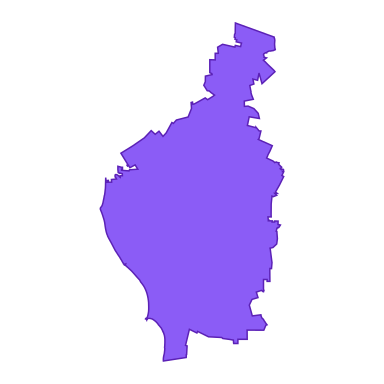 the district of Caborca, Sonora, Mexico
{"feature_id": "50627088B68823921856898", "entity_name": "Caborca", "entity_type": "district", "adm_level": 2, "iso_a3": "MEX", "parent_name": "Mexico", "parent_adm1": "Sonora", "projection": "orthographic", "projection_center": [-112.534, 30.898], "detail": "fine", "context": "isolated", "style": "filled", "palette": "violet", "viewbox_px": 384, "rotation_deg": 0, "n_neighbors": 0, "source": "geoboundaries", "source_scale": "gbopen_adm2", "svg_char_len": 5736}
<svg xmlns="http://www.w3.org/2000/svg" viewBox="0 0 384 384"><path d="M105.7,177.6L105.5,186.0L105.4,188.2L104.9,192.9L104.7,194.2L104.6,194.9L104.3,195.8L103.9,198.2L103.5,200.0L103.0,202.7L102.4,204.6L102.4,204.9L101.9,205.9L101.7,206.2L100.4,208.0L100.3,209.0L100.5,209.7L101.8,212.9L102.6,215.2L104.1,220.0L104.7,222.7L105.2,226.4L105.6,228.9L106.2,231.7L106.9,234.1L107.5,235.4L107.6,236.0L108.7,238.2L111.6,243.5L115.2,250.4L115.9,251.5L116.4,252.2L118.1,254.9L119.9,257.5L120.5,258.7L121.2,259.7L122.6,262.2L123.2,263.1L123.4,263.7L123.6,263.8L123.8,264.1L124.2,264.8L124.5,265.1L124.8,265.1L125.1,264.6L125.0,264.3L125.2,263.9L125.5,263.7L125.3,263.9L125.2,264.4L125.3,264.4L125.4,264.2L125.6,264.1L125.5,264.4L125.5,264.6L125.4,264.9L125.5,265.4L125.6,265.6L126.4,266.2L127.2,267.0L128.3,267.9L129.0,268.6L129.9,269.4L131.7,271.1L133.6,273.2L136.9,277.0L138.1,278.3L139.0,279.3L139.6,279.9L140.7,282.0L141.6,283.1L143.5,285.7L144.5,287.4L145.5,289.5L146.3,291.5L146.9,293.2L147.5,295.5L148.0,297.9L148.4,300.6L148.6,302.7L148.7,306.5L148.7,309.0L148.6,311.3L148.3,313.3L147.8,315.6L147.4,316.9L147.2,317.3L146.6,318.2L146.4,318.4L146.2,318.3L146.1,318.6L145.6,318.7L145.5,318.9L145.7,319.0L145.9,319.1L146.0,318.9L146.3,319.0L146.6,319.3L146.6,319.7L146.7,319.9L146.8,319.5L147.2,319.4L147.2,319.0L147.3,318.9L147.7,318.6L148.4,318.4L149.1,318.4L149.9,318.4L151.9,318.9L152.6,319.2L153.5,319.8L155.5,321.3L156.1,321.9L157.6,323.5L158.6,325.0L159.0,325.3L159.3,325.7L160.6,327.3L160.7,327.5L160.9,327.6L161.4,328.3L161.6,328.8L161.9,329.3L162.5,330.5L162.7,331.2L163.0,331.5L163.2,332.2L163.3,332.2L163.4,332.3L163.6,333.0L164.4,335.4L164.7,337.2L164.9,339.2L164.9,342.7L164.7,346.7L164.6,346.9L164.6,347.9L164.7,348.2L164.8,348.4L164.7,350.1L164.3,353.6L163.9,355.2L163.7,356.1L163.6,356.6L163.4,358.0L163.3,359.3L163.4,359.5L163.3,360.1L163.4,361.0L186.2,357.5L186.3,355.9L186.2,354.9L186.6,354.6L187.1,345.9L185.5,345.4L189.4,329.3L196.9,333.0L197.6,331.4L208.5,336.8L214.3,337.1L221.7,337.5L222.8,338.5L229.5,339.4L233.4,340.1L233.6,343.2L233.7,343.5L237.9,343.5L237.9,339.3L247.2,339.3L247.1,330.1L263.8,330.2L265.9,325.2L267.0,324.8L265.3,322.5L265.0,321.9L263.9,320.4L263.7,319.8L263.2,319.1L262.7,318.7L262.4,318.5L261.8,317.7L261.6,317.3L261.2,316.3L260.9,314.8L252.3,315.9L249.3,305.1L252.0,299.4L258.0,297.6L256.3,292.1L261.4,290.4L262.7,291.3L262.9,291.5L263.2,291.3L263.4,291.3L263.6,291.5L263.8,290.8L263.9,290.5L263.5,290.5L263.5,279.5L267.1,279.5L267.1,281.4L269.9,281.4L269.8,270.4L269.9,268.5L271.5,268.6L272.0,262.5L271.8,261.3L270.2,248.7L270.0,248.2L273.0,247.5L276.7,244.0L277.4,238.7L277.0,233.5L276.9,231.6L276.2,231.3L276.6,229.7L276.9,228.2L277.1,228.2L277.8,228.0L277.8,227.5L279.1,227.4L279.4,227.4L278.9,227.2L279.4,226.6L280.4,225.0L279.6,224.8L278.8,224.6L278.6,224.8L278.0,224.6L278.1,221.1L274.6,221.0L274.6,222.0L272.1,222.0L272.3,220.9L268.9,220.8L268.9,220.0L268.4,220.0L268.5,220.5L268.3,220.6L268.0,216.9L271.2,216.9L271.1,214.8L271.2,203.9L272.0,196.1L273.2,196.7L276.7,195.3L274.8,193.4L277.2,193.4L275.5,192.0L279.5,185.0L283.7,176.5L281.9,175.5L283.7,171.8L282.7,171.6L283.0,171.3L283.7,170.1L283.3,169.4L282.9,169.2L282.4,169.2L282.0,169.4L281.6,169.5L281.3,169.7L280.8,169.2L280.4,169.0L280.2,168.8L280.2,168.5L280.9,168.1L281.2,168.0L281.7,167.2L280.7,166.3L278.6,164.2L279.1,162.8L278.8,162.7L278.5,162.8L276.4,162.2L276.2,162.0L275.5,162.3L274.7,162.6L273.9,161.7L272.8,160.9L272.1,160.6L268.0,158.7L266.6,158.0L267.0,157.1L267.4,156.5L267.6,155.7L268.3,154.2L269.9,151.2L272.3,145.7L265.2,142.5L264.4,142.1L263.3,141.7L258.3,139.4L259.1,138.4L260.9,131.0L259.1,130.9L256.0,127.2L256.0,127.7L250.3,126.2L247.4,125.5L249.2,116.8L259.4,118.5L258.2,113.3L253.9,108.6L248.1,106.1L244.4,106.4L244.3,101.1L253.3,99.3L251.6,94.9L250.9,92.3L251.0,91.4L250.7,90.4L249.8,85.5L253.9,84.0L252.9,79.1L257.6,80.3L259.0,73.0L262.0,83.7L275.0,71.7L273.9,70.3L267.7,64.4L265.0,61.6L264.8,61.5L263.4,60.2L266.5,57.9L264.0,57.2L264.1,56.6L264.0,56.0L263.7,55.6L263.5,54.5L263.6,54.2L263.9,54.0L264.0,53.7L264.8,53.3L265.3,52.8L265.8,52.7L266.3,52.9L266.7,52.9L267.0,52.2L267.4,51.7L267.8,51.6L268.3,51.5L268.7,51.2L268.9,51.1L269.4,51.0L270.2,51.1L271.2,50.8L271.5,50.9L272.0,50.7L272.3,50.7L272.6,50.6L272.8,50.7L273.5,50.5L274.3,50.1L274.4,49.9L274.6,49.9L274.6,49.7L274.9,49.8L275.2,49.7L275.3,49.6L275.0,48.4L275.0,48.2L274.9,47.8L274.7,47.4L274.8,46.6L274.7,46.1L274.6,45.9L274.7,45.5L274.6,44.6L274.6,44.3L274.6,43.3L274.7,42.3L274.7,41.5L274.8,41.1L274.8,40.1L274.6,38.7L274.4,38.2L274.2,38.0L274.2,37.1L235.4,23.0L235.3,26.5L235.2,33.5L234.6,34.2L234.3,37.3L235.3,37.8L235.0,39.3L236.8,39.9L236.4,40.9L236.2,41.8L241.5,43.1L241.0,44.8L240.6,46.6L235.3,45.4L234.9,47.1L222.6,44.3L217.6,47.2L218.3,53.3L217.9,53.4L217.7,53.3L215.2,53.3L215.2,59.9L209.8,59.7L209.8,72.7L211.8,73.6L212.1,74.6L205.4,76.1L205.3,81.7L203.8,85.3L207.2,90.7L209.3,91.0L210.9,92.5L214.5,95.1L213.0,96.3L207.6,99.7L205.2,97.9L194.6,103.8L192.8,104.3L192.5,102.1L191.1,102.5L191.5,108.5L188.1,117.0L176.4,120.0L173.4,123.4L171.9,122.5L166.2,132.9L163.0,136.4L159.0,131.2L155.2,134.3L151.2,130.6L144.3,137.9L132.7,145.9L125.9,150.1L120.9,153.2L127.9,164.6L127.0,165.2L127.6,166.1L128.5,165.5L129.9,167.7L135.1,164.9L137.8,169.2L129.5,169.8L129.0,170.9L121.6,170.3L121.6,169.1L122.5,169.1L122.5,167.3L121.7,167.3L117.9,166.3L117.9,169.8L118.0,170.7L118.2,172.6L119.6,173.3L119.7,173.0L122.3,173.7L122.4,175.7L120.2,175.8L120.2,177.3L119.6,176.9L119.4,176.6L118.5,175.7L117.1,174.8L115.9,174.5L115.3,174.7L115.0,175.9L115.2,177.1L115.6,177.2L116.5,179.0L111.4,179.5L111.6,182.2L108.5,182.2L108.4,180.4L107.5,180.5L107.5,182.2L105.8,182.3L106.0,180.4L105.7,177.6Z" fill="#8b5cf6" stroke="#5b21b6" stroke-width="1.5"/></svg>